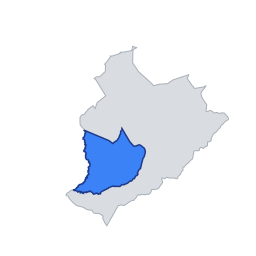 where El Beni sits in Bolivia, rotated 236°
{"feature_id": "BOL-1293", "entity_name": "El Beni", "entity_type": "Department", "adm_level": 1, "iso_a3": "BOL", "parent_name": "Bolivia", "parent_adm1": "", "projection": "natural_earth1", "projection_center": [-65.092, -13.43], "detail": "fine", "context": "in_parent", "style": "filled", "palette": "blue", "viewbox_px": 256, "rotation_deg": 236, "n_neighbors": 0, "source": "natural_earth", "source_scale": "10m", "svg_char_len": 8582}
<svg xmlns="http://www.w3.org/2000/svg" viewBox="0 0 256 256"><g transform="rotate(236 128 128)"><path d="M60.2,145.7L59.9,142.6L59.4,141.8L58.7,141.3L58.4,140.7L58.7,140.0L60.1,138.7L60.8,138.5L61.0,137.9L63.5,134.2L64.3,133.5L65.2,132.9L65.6,132.5L65.3,131.2L65.4,130.3L65.7,129.7L67.4,128.6L67.6,128.4L67.5,128.0L66.8,127.4L65.2,126.8L64.2,126.8L63.3,125.8L61.2,120.3L60.9,119.0L60.9,118.5L62.2,115.7L63.7,113.5L63.5,113.0L61.9,110.9L61.4,109.8L61.5,107.6L62.5,106.9L62.9,104.9L63.4,104.6L64.3,103.2L65.5,101.9L65.6,100.4L66.0,100.0L67.0,99.5L67.1,99.1L66.9,98.1L66.3,97.0L65.9,96.5L65.3,93.9L64.7,92.6L65.4,91.4L65.8,90.1L65.9,88.5L65.8,81.8L67.1,80.1L67.7,79.7L68.3,79.2L68.3,78.1L69.2,76.7L58.8,55.8L62.8,55.8L67.2,56.6L68.0,57.0L68.1,57.7L68.6,58.1L69.8,57.9L73.4,56.1L73.9,55.5L75.2,53.5L76.2,52.4L77.1,52.0L78.9,51.9L79.5,52.2L80.2,52.2L80.9,51.0L81.8,49.8L83.7,48.2L84.7,47.8L85.3,47.2L86.4,47.1L87.3,46.6L91.7,42.6L93.5,41.6L95.5,41.2L97.1,40.6L101.0,40.1L103.5,39.8L104.3,40.4L105.2,40.2L106.0,39.3L106.6,39.1L107.1,39.1L107.8,40.1L108.1,41.2L107.9,42.1L107.9,43.3L108.2,44.9L108.1,46.4L106.6,49.0L106.5,49.8L106.6,50.9L107.0,52.6L107.8,55.0L108.0,56.8L107.4,57.9L107.1,58.9L107.2,59.7L107.4,60.3L107.7,60.7L107.9,61.3L108.0,62.3L108.4,63.3L109.3,64.2L109.7,65.1L109.5,66.0L109.5,66.5L109.8,66.7L110.4,66.3L110.7,66.4L111.3,67.6L111.7,68.8L111.8,69.6L113.7,70.3L116.2,72.6L117.3,73.3L118.4,75.8L120.3,76.4L123.9,77.0L125.7,76.2L126.8,76.3L128.0,76.9L130.8,79.1L131.9,79.4L132.7,78.9L133.4,78.7L134.0,78.9L134.6,80.8L136.7,82.7L137.5,83.3L138.4,83.3L142.2,85.2L143.2,85.3L144.3,85.2L144.9,85.5L145.2,86.6L146.9,88.8L147.7,89.7L148.7,90.5L151.2,90.4L151.9,90.7L156.9,90.0L158.8,90.9L163.5,94.0L164.4,96.0L164.6,97.1L164.3,98.2L163.9,98.6L163.8,99.3L164.0,100.4L164.7,101.3L165.3,104.5L165.8,105.2L166.1,111.5L162.5,111.7L163.1,112.3L166.4,116.8L167.1,127.5L185.9,128.3L186.4,128.2L187.7,127.7L188.1,127.7L188.0,130.5L186.6,132.6L186.5,133.3L186.7,136.1L187.2,138.4L187.4,140.5L187.9,141.1L189.6,142.2L192.0,144.2L193.0,144.5L193.8,144.2L194.3,145.1L194.4,146.4L196.5,152.5L196.9,153.3L197.6,153.7L197.4,154.0L196.9,154.2L196.7,154.6L194.2,163.2L194.8,163.2L194.9,164.9L194.2,165.1L194.0,165.4L190.1,174.4L193.1,177.6L192.8,178.1L191.3,178.6L190.4,179.9L189.7,180.1L189.9,177.8L189.7,175.9L189.5,175.4L179.2,168.2L168.7,168.3L151.5,172.5L148.7,173.0L146.8,178.6L142.7,185.4L142.7,192.3L138.3,208.0L137.3,207.0L136.5,205.6L136.3,204.9L136.2,204.8L126.7,204.9L126.3,205.3L125.6,205.2L125.1,205.0L124.6,205.0L123.9,205.3L123.3,205.9L120.0,213.0L119.5,215.6L119.3,216.1L118.8,215.2L117.1,209.9L116.2,208.0L115.1,207.4L111.8,206.4L105.8,206.2L103.9,206.4L102.9,206.2L101.9,205.1L99.6,203.3L99.2,202.6L98.3,202.3L97.8,202.2L97.5,202.6L96.7,205.6L96.2,206.4L93.1,207.7L92.2,207.8L91.8,208.5L91.6,209.5L91.2,210.4L89.1,211.8L88.6,212.4L88.4,213.7L86.8,216.0L82.4,216.9L81.0,216.9L80.0,216.8L79.0,216.0L78.9,214.7L79.1,213.4L79.0,211.6L78.2,209.4L78.2,208.7L78.1,207.6L77.7,205.7L76.7,204.6L76.3,201.5L75.4,199.7L75.3,195.4L72.6,190.7L71.4,190.3L71.2,190.0L71.0,189.3L71.1,187.6L72.0,186.3L69.0,184.0L68.8,183.5L68.8,183.0L69.6,182.0L69.1,180.9L69.1,179.8L68.8,179.4L68.8,179.1L69.2,178.8L70.6,178.4L71.1,177.4L71.1,176.5L70.9,175.9L69.5,174.3L69.5,174.1L72.1,170.2L72.1,169.9L71.8,169.5L70.3,168.3L68.7,166.5L67.6,165.6L66.8,164.7L66.3,163.9L66.2,161.8L65.6,159.7L64.9,154.6L64.2,152.8L64.9,151.8L64.8,151.5L62.3,150.1L61.8,147.7L60.2,145.7Z" fill="#d9dde1" stroke="#a8b0b8" stroke-width="1"/><path d="M107.1,48.2L107.2,48.4L106.9,49.0L106.5,49.3L106.7,49.7L106.6,49.9L106.6,50.1L106.7,50.5L106.7,51.4L106.9,51.6L107.1,51.8L107.2,52.0L107.3,52.4L107.2,53.1L107.0,53.7L107.1,53.9L107.5,54.0L107.9,54.4L108.0,54.6L108.1,55.8L108.2,56.0L108.2,56.3L107.9,56.5L107.7,56.9L107.7,57.1L107.8,57.6L107.8,57.9L107.3,58.3L107.1,58.5L107.1,58.8L107.2,59.0L107.4,59.2L107.5,59.4L107.5,59.6L107.2,59.8L107.2,60.2L107.4,60.4L107.9,60.8L107.9,61.0L107.6,61.4L107.6,61.6L108.0,62.8L108.3,63.2L108.7,63.1L109.1,63.4L109.2,63.6L109.1,63.9L109.2,64.3L109.4,64.4L109.7,64.6L109.8,64.7L109.5,64.8L109.5,65.3L109.4,65.7L109.4,66.2L109.4,66.4L109.8,66.8L110.0,66.7L110.1,65.9L110.4,65.7L110.4,65.9L110.4,66.2L110.5,66.3L110.9,66.6L111.0,67.0L111.2,67.5L111.2,68.0L111.3,68.3L111.6,68.5L111.7,68.8L111.5,69.2L111.5,69.5L111.7,69.8L112.1,70.0L112.6,70.0L113.3,70.2L113.5,70.1L114.1,70.3L114.2,70.8L114.4,71.1L114.7,71.5L114.7,71.8L114.8,71.9L115.0,71.9L115.0,71.4L115.3,71.3L115.4,71.6L115.3,72.0L115.6,72.3L116.4,72.8L116.9,72.8L117.1,73.0L117.3,73.2L117.6,73.1L117.8,73.3L117.8,73.6L117.8,74.2L117.6,74.7L117.6,74.9L118.0,75.2L118.3,75.7L118.7,76.1L118.9,76.2L119.2,76.2L119.6,76.1L119.8,76.2L119.9,76.6L120.1,76.6L120.5,76.3L120.8,76.3L121.0,76.3L121.1,76.5L121.4,76.9L121.6,76.9L121.9,76.5L122.0,76.7L122.7,76.8L123.0,77.1L123.6,77.0L123.9,77.2L124.1,77.2L124.3,77.1L124.8,76.3L124.8,76.2L125.5,76.0L127.2,76.3L127.8,76.7L128.3,77.2L128.5,77.3L129.0,77.4L129.4,77.7L129.4,78.0L129.7,78.2L129.8,78.5L130.2,78.9L130.6,79.0L131.0,79.3L131.9,79.3L132.0,79.3L132.2,79.1L132.4,78.9L132.7,78.9L132.8,78.6L133.2,78.4L133.9,78.7L134.0,78.9L134.1,79.4L134.3,79.6L134.2,79.7L134.2,79.9L134.6,80.4L134.7,80.5L134.7,80.8L134.8,81.1L134.9,81.3L135.0,81.4L135.3,81.5L135.6,81.3L135.7,81.5L136.3,82.5L136.7,82.6L136.8,82.7L136.8,83.0L137.0,83.2L137.2,83.4L137.4,83.5L137.4,83.2L137.6,83.2L138.0,83.1L138.2,82.9L138.4,82.9L138.6,83.1L138.8,83.3L138.9,83.7L138.9,83.8L139.9,84.3L140.6,84.2L140.8,84.3L141.0,84.4L141.3,84.9L141.4,85.1L141.6,85.1L141.9,85.3L142.4,85.3L142.6,85.3L142.7,85.2L142.9,85.3L143.1,85.2L143.3,85.1L143.8,85.0L144.0,85.0L144.3,85.3L144.3,85.0L144.7,85.4L144.8,85.4L145.0,85.4L145.0,86.5L145.1,86.9L145.4,87.1L145.9,87.8L146.1,87.9L146.2,88.2L146.8,88.6L147.3,89.2L147.7,89.5L148.0,90.5L148.4,90.7L149.1,90.5L149.3,90.6L149.5,90.5L150.1,90.3L151.0,90.2L128.1,105.2L124.2,106.5L123.6,106.8L123.9,108.1L123.9,109.6L124.0,110.3L123.9,110.7L123.8,111.5L123.9,112.1L124.0,112.4L124.3,113.0L124.8,114.4L126.0,116.5L126.6,116.9L126.8,117.1L126.8,117.3L126.9,118.0L127.0,118.2L127.5,118.8L127.9,118.9L128.0,119.0L128.4,119.3L128.9,119.7L129.2,120.0L129.3,120.3L129.6,120.8L129.7,121.5L129.8,121.9L130.2,122.4L130.8,122.5L131.0,122.7L115.6,121.8L115.3,121.7L114.2,122.0L109.8,122.6L109.5,122.8L108.9,123.9L108.5,124.8L108.5,125.0L108.5,125.4L107.9,127.6L107.7,128.0L106.5,128.8L102.5,130.1L102.1,130.1L101.5,130.1L100.3,129.8L99.4,129.5L98.8,129.2L97.7,128.3L97.5,128.1L95.6,125.8L94.9,124.8L94.5,123.7L94.4,123.4L90.7,119.2L88.4,116.8L88.2,116.3L88.1,116.2L87.6,115.9L87.5,115.7L87.4,115.6L87.3,115.3L87.4,114.6L87.4,114.2L86.6,112.6L86.3,112.0L85.9,111.5L85.6,110.8L85.3,110.5L85.0,110.5L84.8,110.6L84.5,110.5L84.0,110.2L83.9,109.9L83.7,109.4L83.7,108.9L83.8,107.9L83.8,107.3L83.8,107.0L83.7,106.8L83.1,106.2L82.9,105.9L82.5,104.9L82.6,104.7L82.9,104.3L83.0,104.0L83.1,103.8L83.0,103.5L82.8,103.2L82.6,103.0L82.5,102.8L82.5,102.5L82.4,102.3L82.2,101.8L82.1,101.3L82.2,101.1L82.3,100.9L82.7,100.7L82.8,100.6L82.9,100.3L82.7,99.7L82.8,98.9L82.6,97.6L82.5,97.0L82.5,96.8L82.8,95.2L83.1,94.6L83.1,94.4L83.0,94.0L83.0,93.8L83.2,92.9L83.7,92.5L83.9,92.0L84.4,91.3L84.5,91.1L84.5,90.8L84.3,90.5L84.1,89.3L84.1,88.8L84.3,88.3L84.8,87.5L84.9,87.3L85.3,86.9L86.3,85.6L86.4,85.1L86.8,84.8L87.2,83.9L87.4,83.7L87.7,83.6L87.9,83.6L88.0,83.6L88.6,82.0L89.2,78.9L89.2,78.6L89.0,77.7L89.4,77.0L89.5,76.8L89.4,76.6L89.3,76.4L89.3,75.6L89.4,75.3L89.7,74.5L89.5,73.8L89.6,73.5L89.9,72.9L89.9,72.6L89.8,72.2L89.8,71.9L90.0,71.3L90.0,70.8L90.0,70.1L89.8,69.4L89.5,68.9L89.4,68.7L89.1,68.7L88.9,68.5L88.9,68.1L88.9,67.9L89.1,67.8L89.3,67.8L89.5,67.8L89.9,67.4L90.0,67.1L89.7,66.6L89.7,66.3L89.8,66.2L90.5,66.2L90.9,65.7L91.1,65.6L91.5,65.6L91.9,65.3L91.9,64.9L91.8,64.3L91.9,64.0L92.2,63.7L92.2,63.4L92.2,63.1L92.2,62.7L92.3,62.5L92.6,62.4L93.6,62.3L94.4,62.4L94.7,62.3L95.3,61.8L96.1,61.7L96.5,61.6L96.6,61.1L97.2,60.9L97.3,60.6L97.3,60.4L97.1,60.3L97.0,60.2L97.1,59.8L97.2,59.6L97.6,59.0L97.7,58.8L97.6,58.1L97.6,57.7L97.8,57.7L98.2,57.8L98.4,57.5L98.5,57.1L98.5,56.6L98.6,56.2L98.9,56.1L99.1,56.0L99.2,55.8L99.4,55.2L99.6,54.6L99.5,54.4L99.4,54.4L99.2,54.5L98.9,54.4L99.3,54.1L99.7,53.7L100.0,53.6L100.4,53.7L100.9,53.9L101.3,53.9L101.5,53.5L101.4,53.3L101.3,53.0L101.1,52.8L100.9,52.8L100.8,52.6L100.9,52.4L101.0,52.1L101.3,52.1L101.5,52.3L101.7,52.6L101.8,52.7L102.1,52.6L102.6,52.4L102.9,52.2L103.0,51.9L103.0,51.3L102.9,50.8L102.9,50.6L103.2,50.5L103.9,50.7L104.2,50.5L104.6,50.1L105.6,49.5L105.7,49.4L105.8,49.1L106.0,48.8L106.3,48.4L106.5,48.4L107.1,48.2Z" fill="#3b82f6" stroke="#1e3a8a" stroke-width="1.5"/></g></svg>